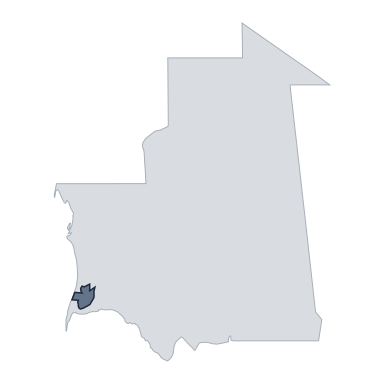 Mederdra, Trarza, Mauritania (highlighted)
{"feature_id": "47542326B59245352565920", "entity_name": "Mederdra", "entity_type": "district", "adm_level": 2, "iso_a3": "MRT", "parent_name": "Mauritania", "parent_adm1": "Trarza", "projection": "natural_earth1", "projection_center": [-15.699, 17.141], "detail": "fine", "context": "in_parent", "style": "filled", "palette": "slate", "viewbox_px": 384, "rotation_deg": 0, "n_neighbors": 0, "source": "geoboundaries", "source_scale": "gbopen_adm2", "svg_char_len": 3761}
<svg xmlns="http://www.w3.org/2000/svg" viewBox="0 0 384 384"><path d="M163.6,359.2L163.1,359.0L160.6,357.1L159.5,354.8L157.5,353.1L154.9,351.9L153.1,350.6L152.3,349.1L151.3,348.1L150.3,347.6L150.2,347.1L150.4,346.3L150.2,345.0L148.6,341.9L147.2,340.5L145.9,340.8L145.2,340.4L144.8,339.7L144.6,338.7L143.8,337.9L142.3,337.5L141.1,335.3L140.2,331.2L139.0,327.9L137.6,325.6L136.6,324.8L135.8,324.6L135.6,324.3L135.4,323.6L134.3,323.4L132.7,324.0L131.3,323.8L130.6,322.7L129.6,322.6L128.4,323.5L127.1,323.2L125.6,321.8L124.8,320.3L124.6,318.9L122.1,316.0L117.2,311.6L111.8,309.6L106.1,309.9L102.8,309.6L102.1,309.0L101.4,309.0L100.7,309.8L99.9,310.0L99.1,309.5L98.6,309.9L98.4,311.0L96.4,311.6L92.5,311.6L89.4,312.3L87.0,313.6L83.6,314.2L79.2,314.0L76.6,313.5L75.7,312.7L74.5,312.5L72.8,312.9L71.4,315.1L70.1,319.0L69.0,321.2L68.2,321.7L67.3,324.6L66.8,329.4L66.0,331.6L66.0,319.5L67.3,315.0L67.7,311.0L70.4,302.3L73.6,295.1L76.5,285.6L77.6,276.4L77.3,267.4L76.4,259.4L74.9,254.1L73.5,246.4L71.4,242.4L67.5,238.8L66.6,236.7L67.5,236.0L69.9,235.4L71.4,232.7L68.2,233.8L71.9,225.3L73.0,219.5L72.9,215.8L73.6,213.4L70.8,208.4L68.6,202.0L67.5,201.0L66.3,200.4L66.2,201.9L65.6,203.3L64.2,202.5L61.8,197.8L58.5,190.3L57.3,189.5L56.3,190.6L55.7,191.5L54.6,197.8L54.2,195.3L54.7,192.4L55.5,188.8L56.5,183.7L59.4,183.7L64.6,183.7L75.0,183.7L80.2,183.7L90.6,183.7L95.8,183.7L106.2,183.7L111.4,183.7L121.8,183.6L127.0,183.6L137.4,183.6L142.6,183.6L146.0,183.6L145.8,180.0L145.6,177.2L145.4,173.4L145.2,169.6L144.9,165.8L144.7,162.2L144.5,158.6L144.3,155.3L144.1,152.3L143.8,150.5L142.7,147.1L142.4,145.4L142.7,143.5L143.5,141.8L145.5,138.7L148.5,136.3L152.0,133.5L154.7,131.4L156.1,130.9L160.3,130.1L163.6,128.5L166.8,127.0L168.2,126.1L168.3,123.2L167.8,57.9L183.7,57.9L187.9,57.9L217.1,57.9L221.3,57.9L242.6,57.9L242.5,54.8L242.5,50.4L242.4,44.3L242.3,38.2L242.1,27.5L242.0,23.0L246.3,26.0L254.8,32.0L259.1,35.0L267.6,41.0L276.1,46.9L284.7,52.9L288.9,55.9L293.2,58.9L297.5,61.9L301.8,64.8L310.3,70.8L313.9,73.3L319.5,77.3L324.6,81.1L329.8,84.9L321.9,84.9L311.4,84.9L304.2,84.9L296.9,84.9L290.0,84.9L290.7,91.0L291.4,97.7L292.2,104.5L293.0,111.2L293.7,117.9L296.0,138.0L296.8,144.7L297.5,151.4L298.3,158.1L299.1,164.8L300.6,178.2L301.3,184.9L302.1,191.6L302.8,198.3L303.6,205.0L304.4,211.7L305.9,225.1L306.6,231.8L307.4,238.5L308.1,245.2L308.9,251.9L309.6,258.6L310.4,265.3L311.1,272.0L312.6,285.4L313.3,292.1L314.1,298.8L314.8,305.4L315.5,311.9L318.3,315.3L321.8,319.6L320.9,325.7L319.8,332.9L318.6,340.8L309.1,340.8L299.7,340.8L276.4,340.8L271.7,340.8L248.3,340.8L243.6,340.8L234.6,340.8L231.9,340.6L231.0,340.0L230.6,335.9L229.8,336.2L228.9,337.4L228.4,338.7L228.6,340.4L228.4,341.8L225.5,342.4L221.4,343.3L217.1,344.1L212.8,343.8L211.3,343.5L209.8,342.9L206.3,342.3L204.5,342.3L202.3,342.4L199.8,342.8L199.0,343.5L197.1,346.5L195.3,350.1L194.1,350.1L192.7,348.1L189.0,344.5L184.5,339.7L182.4,337.3L181.3,337.0L179.2,338.7L177.4,340.3L175.4,342.7L174.6,344.9L173.9,347.5L173.6,350.6L172.9,354.2L171.4,357.2L169.5,359.4L168.2,360.4L167.6,361.0L163.6,359.2ZM69.8,227.5L68.4,230.1L67.7,229.1L67.5,227.4L68.8,224.9L69.4,223.6L70.5,223.2L69.8,227.5Z" fill="#d9dde1" stroke="#a8b0b8" stroke-width="1"/><path d="M94.9,287.2L89.7,290.8L89.7,284.1L84.2,286.9L82.1,286.1L80.7,288.3L80.9,290.4L81.0,291.2L81.5,292.0L82.1,293.0L74.7,292.4L72.0,299.8L78.3,300.3L77.7,302.3L78.4,304.5L78.4,305.2L78.2,306.0L78.5,306.6L78.7,307.2L79.0,308.0L79.4,308.3L80.0,308.8L80.6,309.0L81.0,308.9L82.2,308.5L83.0,308.2L84.4,307.7L85.1,307.2L86.1,306.6L86.4,306.5L86.8,306.3L87.3,306.1L88.5,305.3L89.4,304.8L89.9,304.5L90.6,303.3L91.4,301.9L92.1,300.9L92.4,300.3L92.9,299.4L93.6,298.2L94.0,296.8L94.0,293.7L94.0,292.7L93.9,291.7L94.9,287.2Z" fill="#64748b" stroke="#1e293b" stroke-width="1.5"/></svg>